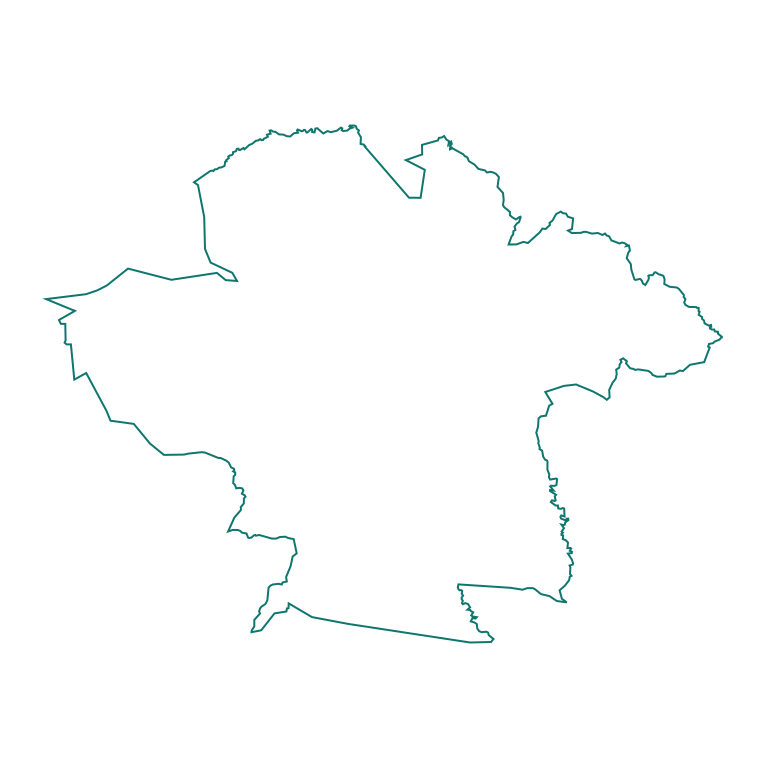 Leonardo Bravo, Guerrero, Mexico, rotated 90°
{"feature_id": "50627088B42339229292955", "entity_name": "Leonardo Bravo", "entity_type": "district", "adm_level": 2, "iso_a3": "MEX", "parent_name": "Mexico", "parent_adm1": "Guerrero", "projection": "equal_earth", "projection_center": [-99.796, 17.634], "detail": "fine", "context": "isolated", "style": "outline", "palette": "teal", "viewbox_px": 768, "rotation_deg": 90, "n_neighbors": 0, "source": "geoboundaries", "source_scale": "gbopen_adm2", "svg_char_len": 6122}
<svg xmlns="http://www.w3.org/2000/svg" viewBox="0 0 768 768"><g transform="rotate(90 384 384)"><path d="M617.1,456.0L623.9,419.9L642.5,298.0L642.0,277.0L639.0,274.5L635.1,279.3L632.6,279.9L631.7,281.6L632.2,286.3L631.2,288.8L628.6,290.7L624.1,291.2L622.4,293.7L621.4,297.2L618.2,295.6L618.5,292.5L617.2,291.2L616.5,295.1L615.5,296.8L612.3,294.8L611.0,297.3L610.1,297.6L609.7,300.6L607.4,297.9L604.1,299.9L603.1,302.8L604.2,305.0L603.3,306.0L600.7,305.2L599.3,306.3L597.3,306.3L595.6,304.9L593.8,306.3L590.9,305.8L590.1,306.9L590.3,308.5L589.1,309.6L587.2,310.2L584.4,309.5L587.8,257.5L589.7,245.4L588.1,240.7L588.1,235.4L589.0,233.3L594.1,227.0L596.1,218.5L601.0,211.2L602.4,201.2L598.8,206.1L590.3,208.4L585.7,203.1L580.2,198.9L576.7,198.2L575.8,196.5L574.0,198.0L567.4,197.6L565.5,198.4L564.5,195.2L563.5,194.9L559.5,196.2L553.6,200.1L553.1,196.3L551.8,196.0L550.8,198.2L548.5,196.9L548.0,197.6L548.1,200.6L542.6,200.0L540.3,202.1L539.1,205.2L535.4,204.9L535.0,206.5L533.7,206.5L532.6,205.1L531.5,206.3L528.2,204.0L524.6,206.6L525.1,204.5L524.7,203.3L522.4,202.8L520.2,199.6L518.6,199.8L518.7,201.2L520.3,202.6L518.5,207.0L516.9,207.6L515.4,206.7L516.5,203.5L508.6,203.8L508.0,205.2L508.9,207.0L508.4,209.8L505.5,210.1L505.5,212.4L502.0,217.2L500.3,216.0L501.0,213.4L500.4,212.4L496.3,213.2L494.8,211.9L491.0,218.0L490.0,217.9L490.6,214.3L486.4,217.8L485.7,217.0L485.9,213.7L485.1,211.6L479.1,210.9L478.5,211.9L479.6,217.9L477.1,219.1L474.5,218.7L469.6,220.6L461.6,220.5L460.4,221.1L459.7,222.9L456.7,224.8L450.6,225.9L449.1,228.5L447.6,228.2L443.1,229.7L441.2,229.3L432.6,231.7L427.0,230.0L418.4,229.4L416.3,227.0L415.7,222.0L405.6,218.8L403.8,215.5L392.0,222.7L385.9,204.1L384.5,191.9L391.5,175.0L397.1,164.7L399.8,161.2L397.3,158.4L389.9,158.8L382.7,155.4L378.7,152.3L374.1,151.3L369.6,151.8L367.6,148.7L364.1,148.2L362.1,146.5L359.8,147.6L358.3,144.9L361.3,141.1L363.3,142.0L368.3,137.8L368.9,134.5L369.9,132.9L369.4,129.8L370.9,119.7L373.0,116.7L374.9,115.5L376.7,111.0L376.5,103.7L376.2,102.6L373.9,101.7L373.5,93.4L370.5,88.2L371.1,85.1L364.8,78.0L362.1,63.8L347.5,58.3L346.6,59.9L343.9,58.9L343.2,54.9L341.7,53.6L339.7,48.6L336.8,46.1L336.1,46.3L336.7,46.3L333.7,50.0L331.8,50.0L331.4,53.1L329.5,53.8L329.6,56.0L328.4,58.1L327.5,58.1L326.8,56.7L325.0,57.0L325.6,59.2L323.4,63.4L320.5,64.0L318.9,65.9L317.0,66.0L314.8,69.3L311.8,68.4L311.3,69.3L307.9,69.4L307.9,71.0L307.1,71.7L306.9,79.1L304.9,82.5L302.6,83.8L299.2,82.6L297.1,84.3L295.0,84.1L288.9,89.1L287.5,91.2L286.8,98.2L284.0,103.7L279.3,103.4L276.1,104.5L275.4,105.6L274.2,109.4L272.3,112.3L272.4,113.4L275.1,115.3L275.3,118.9L275.9,119.7L277.8,119.1L279.9,119.6L285.0,122.7L283.5,125.1L280.6,126.2L278.9,127.9L279.9,132.4L279.4,133.6L269.5,136.7L264.1,137.2L258.2,141.3L252.4,139.6L250.6,138.1L245.6,139.0L246.1,141.7L244.9,140.7L243.1,143.7L242.5,146.1L243.5,148.4L240.3,156.7L236.3,158.9L235.5,161.3L233.5,163.0L235.0,165.5L233.0,170.1L233.6,176.1L231.8,182.2L232.0,185.1L232.8,186.6L233.1,196.1L230.6,200.0L229.0,196.0L218.4,194.9L216.7,200.2L213.6,201.9L213.2,205.1L211.6,207.2L214.0,211.8L220.7,215.6L222.9,218.5L224.9,218.0L229.0,222.4L228.6,225.6L232.5,228.4L243.0,240.1L241.9,244.6L244.4,251.6L244.5,259.4L236.3,256.4L234.6,254.9L231.2,254.6L229.9,252.6L226.5,253.4L223.4,251.0L222.2,249.0L217.2,247.3L216.7,247.6L217.0,248.4L219.4,252.1L217.2,255.9L215.1,258.1L211.9,258.1L207.0,264.0L205.1,265.0L199.9,264.3L193.0,265.0L186.9,270.5L177.0,269.1L173.8,272.1L172.5,274.7L171.8,277.5L172.5,281.0L170.4,283.1L168.9,289.6L164.5,293.6L161.2,299.1L158.1,300.3L156.7,301.5L156.3,303.1L154.3,304.7L148.3,315.6L149.3,318.0L148.3,318.0L147.3,316.7L146.2,318.2L143.8,316.2L141.7,316.9L144.4,319.5L141.2,318.9L139.7,321.5L136.0,323.9L137.5,326.2L137.9,329.1L140.4,330.0L144.9,346.0L154.4,345.8L160.1,362.1L169.8,343.2L197.8,347.4L197.7,359.0L146.6,403.2L146.3,402.7L144.6,404.2L143.9,407.4L137.2,407.1L132.6,409.9L130.4,409.1L128.8,411.3L126.3,412.0L125.5,413.7L125.6,418.2L126.4,418.6L127.7,415.6L128.5,418.2L130.6,420.8L131.0,424.9L130.2,426.3L128.4,425.7L127.6,427.1L130.8,431.3L132.1,437.3L131.1,440.5L133.5,444.7L128.2,450.8L128.6,452.6L132.4,453.5L132.0,455.9L129.7,455.8L129.0,456.8L132.4,460.5L132.5,461.5L130.0,463.0L129.8,464.0L131.1,465.3L131.1,466.5L129.5,470.4L130.4,471.0L132.7,470.0L133.3,474.2L136.5,477.8L136.2,481.1L134.6,484.7L134.4,488.9L131.9,492.5L131.5,495.2L130.3,496.8L130.6,498.4L133.7,497.4L134.7,501.0L136.8,500.2L138.9,504.4L139.9,504.8L140.2,506.3L139.1,507.9L140.5,509.9L140.7,512.0L143.5,515.4L145.1,518.9L149.3,523.5L148.0,524.5L150.1,528.1L149.8,529.2L148.7,529.5L148.9,531.2L151.2,532.1L152.2,535.0L154.1,535.1L155.2,536.4L155.5,538.3L156.6,539.8L158.1,539.2L160.3,541.9L161.3,541.5L161.7,542.8L166.0,543.5L167.5,546.8L167.5,548.7L169.2,551.0L169.4,553.3L171.1,554.7L170.6,555.7L171.0,557.7L182.3,574.0L185.1,570.0L217.0,563.8L248.9,563.0L262.6,557.4L272.8,535.7L281.0,531.0L280.1,542.3L272.9,551.1L279.8,596.6L268.6,640.0L285.5,661.2L290.4,670.8L294.2,682.0L299.1,721.9L310.9,693.1L320.0,709.0L323.8,707.2L323.9,702.7L340.4,702.4L342.7,703.4L344.4,701.4L344.4,697.1L379.6,693.7L373.0,681.8L410.9,661.5L420.7,657.5L423.9,634.2L443.7,617.9L454.9,604.1L454.6,584.0L453.6,579.6L452.2,566.3L452.6,562.9L457.9,549.8L458.0,547.3L460.6,541.8L462.7,539.2L467.4,536.9L468.8,534.0L470.1,533.7L471.4,534.8L472.4,532.8L474.9,532.8L476.3,534.3L483.2,534.8L484.8,533.1L488.3,531.8L487.9,528.3L488.4,525.8L490.3,524.6L493.7,526.1L495.4,523.2L496.7,522.5L498.5,524.1L503.5,524.2L507.0,527.2L510.0,527.1L517.7,533.7L531.5,539.9L529.9,535.2L530.0,530.1L530.8,528.0L532.6,526.1L533.5,521.5L537.6,519.9L538.0,519.0L537.6,516.6L535.4,514.2L535.0,512.7L535.7,512.1L535.0,508.8L538.6,496.0L538.6,492.1L537.0,488.0L536.7,482.7L538.0,479.9L539.1,474.3L553.4,471.3L556.5,475.3L566.5,477.5L577.0,481.9L581.5,481.2L582.5,485.5L584.5,486.2L583.8,489.6L584.5,495.1L585.6,497.5L587.6,499.4L600.5,500.7L604.0,502.6L606.8,506.7L608.6,508.0L611.3,508.9L613.5,508.0L619.9,513.7L626.4,513.7L630.4,516.3L632.2,516.5L630.3,506.8L613.4,493.5L611.5,481.6L608.5,481.1L608.2,479.5L603.4,479.3L617.1,456.0Z" fill="none" stroke="#0f766e" stroke-width="2"/></g></svg>